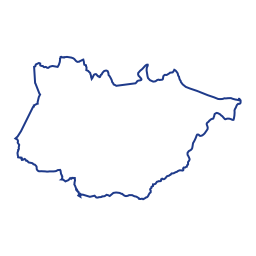 Amixtlán, Puebla, Mexico
{"feature_id": "50627088B86414439934091", "entity_name": "Amixtlán", "entity_type": "district", "adm_level": 2, "iso_a3": "MEX", "parent_name": "Mexico", "parent_adm1": "Puebla", "projection": "mercator", "projection_center": [-97.796, 20.056], "detail": "fine", "context": "isolated", "style": "outline", "palette": "blue", "viewbox_px": 256, "rotation_deg": 0, "n_neighbors": 0, "source": "geoboundaries", "source_scale": "gbopen_adm2", "svg_char_len": 5696}
<svg xmlns="http://www.w3.org/2000/svg" viewBox="0 0 256 256"><path d="M89.9,196.8L94.6,195.7L96.2,197.4L97.1,197.6L98.1,197.5L98.8,197.2L100.5,197.1L101.7,196.9L102.2,196.3L104.0,196.3L104.9,196.0L106.6,194.8L108.1,195.2L109.7,196.0L113.4,192.9L116.1,192.5L119.5,192.9L120.7,193.4L121.5,193.9L122.3,193.9L123.0,194.6L124.2,195.5L125.3,196.0L126.1,196.1L127.8,195.8L129.2,195.1L130.7,195.1L132.3,195.2L133.2,195.7L134.5,196.3L135.8,196.5L136.8,196.9L137.7,197.5L138.8,198.1L139.1,198.9L140.6,199.0L142.0,198.7L142.6,198.9L143.0,199.2L143.6,199.1L144.0,198.7L145.4,198.0L145.9,197.5L146.7,197.3L147.3,197.0L148.3,195.7L148.6,194.9L149.5,193.3L150.6,192.4L150.7,192.0L150.7,190.6L150.2,189.8L150.2,189.2L150.4,188.8L151.4,187.9L151.5,186.8L153.0,186.0L153.0,184.4L153.8,184.4L155.5,183.8L156.9,181.8L158.3,181.4L158.5,181.2L160.1,181.2L160.8,181.0L161.1,180.6L161.1,179.7L161.2,179.3L161.6,179.2L162.1,178.7L162.4,178.7L163.0,179.1L163.4,179.2L163.9,179.2L164.4,179.0L165.5,178.1L166.5,176.8L166.9,176.3L168.0,175.9L168.4,175.9L169.0,175.7L169.9,174.9L170.5,174.8L170.7,174.6L171.3,173.7L171.7,173.4L172.3,173.5L173.8,173.2L175.6,172.2L176.8,171.9L177.8,171.1L179.6,170.3L180.6,170.3L182.1,170.5L182.8,170.5L183.2,170.2L183.4,169.8L183.4,169.5L183.1,168.6L183.2,168.2L183.8,167.5L185.0,167.6L186.2,166.8L186.8,166.7L187.0,165.8L187.3,165.0L187.8,164.8L188.1,164.2L188.0,162.5L188.2,161.8L188.9,161.0L189.5,159.8L189.6,159.1L189.2,158.0L188.5,156.4L187.6,154.9L187.5,153.9L187.6,152.7L188.8,151.1L190.8,150.0L191.9,148.8L192.2,148.1L192.6,146.0L192.9,144.0L193.2,142.8L193.8,141.9L194.8,140.0L195.8,137.8L196.6,135.6L196.9,135.0L197.2,134.6L198.0,134.5L198.8,134.8L199.5,135.6L199.8,135.8L200.8,135.9L201.6,135.6L202.3,135.4L203.7,134.3L204.7,133.3L207.0,130.0L207.6,129.0L207.7,127.4L207.5,126.6L206.7,124.4L206.7,123.8L206.9,123.2L207.5,122.5L208.5,121.8L209.4,120.6L209.9,120.3L210.7,119.5L211.9,118.9L212.8,118.8L213.3,118.5L213.7,117.3L214.2,116.1L214.3,115.3L214.7,114.0L216.0,113.2L216.7,112.9L217.9,113.2L219.1,113.8L220.2,114.4L221.0,115.3L222.3,116.2L224.2,118.4L224.9,119.1L225.5,119.2L227.0,118.7L227.9,118.6L229.5,118.7L231.6,119.4L232.2,119.8L233.1,119.9L233.5,119.8L233.9,118.5L234.4,115.6L234.6,112.3L234.5,110.5L234.9,109.2L235.8,107.6L236.8,105.2L237.4,104.5L238.2,103.8L238.9,103.9L239.8,103.7L240.4,103.1L240.6,102.3L240.6,100.6L240.4,100.1L239.9,99.6L239.3,98.8L239.1,98.4L239.1,97.9L238.9,100.2L236.6,99.7L235.7,99.6L232.7,98.8L231.2,98.2L230.7,98.1L227.5,98.2L227.1,98.3L225.5,98.4L224.4,98.3L222.8,98.9L220.9,99.1L218.2,99.0L214.0,97.3L207.8,95.2L197.0,90.9L189.9,88.5L185.8,86.9L182.7,84.4L180.9,82.0L180.6,80.8L179.8,79.7L179.3,78.2L179.0,76.7L178.2,75.6L177.7,73.4L176.9,72.2L175.9,70.9L175.2,70.3L174.3,69.8L173.6,71.2L172.6,72.4L170.0,72.7L169.4,73.3L166.8,74.9L166.2,75.0L165.6,74.9L164.7,74.9L163.6,75.8L163.3,76.4L162.9,79.0L162.5,79.5L162.1,79.7L159.3,80.0L158.8,79.7L158.3,79.7L157.2,80.0L156.4,80.7L155.1,81.4L153.2,81.6L150.0,80.2L148.0,78.0L147.5,76.1L146.6,70.5L146.7,68.4L146.9,67.4L147.4,66.4L147.7,65.6L147.7,64.7L147.1,64.6L145.9,65.2L145.0,66.0L142.3,69.0L140.2,70.7L138.2,73.0L138.1,74.4L138.6,75.8L139.6,76.7L140.2,77.6L140.9,78.2L141.4,79.1L141.4,79.6L141.1,80.0L140.0,80.4L139.6,80.4L138.1,80.7L136.9,81.5L136.7,82.1L135.5,83.3L116.3,85.8L115.0,85.0L114.3,84.8L113.6,84.4L113.3,83.4L112.3,82.3L111.6,79.9L110.5,77.7L109.5,76.0L108.6,75.1L108.4,73.1L107.8,71.4L107.7,71.2L106.6,70.6L105.7,70.6L104.2,71.0L103.2,72.0L102.3,73.1L101.7,74.4L100.9,74.8L100.1,76.8L99.9,77.0L99.6,77.1L99.4,77.1L99.2,76.4L98.7,76.2L98.1,76.3L97.7,76.0L96.3,74.3L95.8,74.1L94.5,74.4L93.9,74.9L93.1,76.4L92.6,77.6L92.0,78.5L91.7,78.9L91.5,78.0L91.1,77.1L91.0,75.8L90.8,75.0L90.3,73.8L90.3,73.2L89.9,72.6L89.1,72.0L88.3,71.0L86.3,70.1L86.5,68.4L86.5,67.2L86.0,66.3L86.0,65.3L84.3,64.7L84.0,63.2L83.9,62.0L83.3,59.6L82.6,59.8L80.8,60.8L80.3,60.9L79.2,61.7L78.6,61.7L77.8,61.9L77.2,61.8L75.9,60.9L74.4,59.1L73.3,58.3L71.4,57.6L67.0,56.9L65.4,57.1L64.3,57.1L64.1,57.5L63.7,57.5L63.1,57.3L62.5,57.4L61.2,56.8L60.6,57.0L60.6,57.9L60.0,58.5L60.1,58.9L59.8,61.9L58.8,64.9L57.6,66.9L52.7,66.0L51.5,66.2L49.8,66.7L48.4,67.8L47.9,67.9L47.0,67.7L46.0,67.0L45.4,66.9L44.2,67.2L43.6,66.9L42.8,66.0L42.0,66.0L41.1,65.8L40.4,65.5L40.2,65.2L40.2,63.5L38.9,63.0L35.8,64.5L35.3,66.3L34.1,66.8L35.1,83.0L35.4,83.4L39.4,93.6L40.1,94.5L38.8,97.1L37.6,102.2L37.7,103.7L36.8,103.9L35.0,104.9L33.8,105.4L33.9,106.6L33.0,107.0L21.0,131.2L17.6,136.5L15.4,138.5L15.9,138.8L17.3,139.4L18.0,141.0L17.7,142.7L19.2,144.9L18.7,147.5L18.9,148.6L18.5,149.9L18.1,150.0L18.1,151.0L17.6,152.4L17.5,153.2L17.8,155.5L18.1,156.3L18.1,157.3L19.7,157.6L20.7,157.5L21.3,157.7L21.6,157.7L21.9,158.4L21.4,158.8L21.8,159.8L22.3,159.6L22.6,159.8L22.9,159.5L23.6,159.6L24.4,158.9L25.0,159.1L25.7,159.8L26.2,160.8L27.2,160.8L28.6,162.4L32.1,163.1L32.8,163.5L33.4,164.3L34.0,164.4L34.7,164.6L35.3,165.1L36.3,166.2L36.6,166.8L36.7,168.9L36.9,169.5L37.3,170.1L38.0,170.8L38.7,171.2L39.8,171.3L41.1,171.2L45.2,171.4L46.8,171.6L48.0,171.6L49.3,171.4L53.6,171.4L55.4,171.2L56.2,171.0L57.8,170.1L60.1,169.9L60.5,170.6L61.0,173.7L61.4,174.7L61.8,175.2L61.9,176.0L62.2,176.2L62.3,176.4L62.2,177.9L61.9,178.5L61.9,178.8L62.2,179.0L61.5,179.5L62.6,179.6L63.3,179.8L65.0,181.0L65.4,181.4L68.5,180.1L70.2,178.1L70.9,178.6L71.1,178.8L71.7,178.2L71.9,177.9L72.2,177.8L72.9,178.1L73.0,178.2L73.7,177.9L74.8,178.0L74.9,179.6L75.0,180.5L74.5,182.5L74.6,183.0L74.3,184.3L75.1,185.9L76.1,188.5L76.1,189.2L76.5,189.0L77.1,189.9L77.2,190.2L77.0,190.3L77.0,190.7L77.8,191.3L77.6,191.4L78.4,192.2L78.7,193.0L79.8,193.5L80.1,193.7L78.8,194.8L78.3,195.5L80.3,196.7L80.0,195.1L82.7,194.6L89.9,196.8Z" fill="none" stroke="#1e3a8a" stroke-width="2"/></svg>